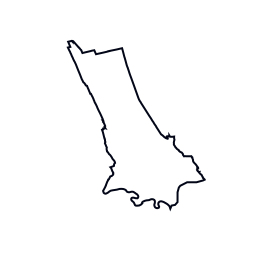 Suharau, Botosani, Romania (Equal Earth projection), rotated 206°
{"feature_id": "2599482B9614672235504", "entity_name": "Suharau", "entity_type": "district", "adm_level": 2, "iso_a3": "ROU", "parent_name": "Romania", "parent_adm1": "Botosani", "projection": "equal_earth", "projection_center": [26.43, 48.129], "detail": "fine", "context": "isolated", "style": "outline", "palette": "ink", "viewbox_px": 256, "rotation_deg": 206, "n_neighbors": 0, "source": "geoboundaries", "source_scale": "gbopen_adm2", "svg_char_len": 5479}
<svg xmlns="http://www.w3.org/2000/svg" viewBox="0 0 256 256"><g transform="rotate(206 128 128)"><path d="M217.3,174.0L214.7,171.9L213.5,171.1L212.7,170.3L211.7,169.6L210.2,168.2L208.5,166.9L207.4,165.9L205.6,164.5L205.2,164.3L202.7,162.3L200.2,160.0L198.0,158.0L194.7,155.1L190.7,151.4L189.9,150.9L189.3,150.4L189.0,150.2L188.2,149.5L187.4,149.4L186.6,149.1L186.2,148.8L185.4,148.5L184.7,147.8L183.6,147.8L183.3,147.9L181.7,146.4L180.0,145.0L179.4,144.4L178.3,143.5L176.9,142.2L176.5,142.4L176.3,142.5L174.3,140.9L173.9,140.7L171.6,138.8L171.3,138.4L170.4,137.7L169.3,136.6L168.7,136.1L168.3,136.0L167.5,135.3L166.9,134.9L165.4,133.7L164.2,132.6L162.0,130.8L159.7,129.1L156.5,126.5L156.0,126.0L155.4,125.6L154.7,125.0L154.2,124.4L153.4,123.8L153.2,123.1L153.3,123.1L153.0,122.9L153.0,122.7L152.8,122.7L152.7,122.7L152.6,122.4L152.3,122.4L152.2,122.1L150.6,120.9L150.2,120.5L150.0,120.3L149.4,119.8L149.7,119.1L149.3,118.9L149.0,118.6L148.9,118.3L148.6,118.1L148.9,118.1L148.9,117.8L149.1,117.6L149.0,117.3L149.2,117.2L149.4,117.5L149.5,117.3L149.5,117.0L149.8,116.9L149.7,116.7L149.4,116.6L149.5,116.3L149.7,116.6L149.9,116.6L150.0,116.5L150.1,116.4L150.1,116.2L150.0,115.9L150.1,115.6L150.4,115.3L150.6,115.0L149.0,113.5L148.8,113.3L148.2,112.6L144.7,108.4L144.6,108.5L143.9,107.8L143.3,107.0L143.0,106.2L142.6,105.9L142.2,105.5L142.1,105.2L142.1,104.9L142.2,104.6L142.1,104.2L141.0,103.3L140.4,102.8L139.4,101.8L138.7,101.4L138.5,101.2L138.2,100.1L138.0,99.7L137.3,98.7L137.0,98.5L136.8,98.1L136.5,97.7L135.2,97.3L133.9,96.4L133.4,96.2L132.5,96.0L131.6,95.6L129.7,94.5L128.4,93.5L126.0,92.5L124.7,91.5L124.6,91.3L124.3,90.9L124.6,90.3L124.6,89.6L124.4,88.6L124.0,87.8L124.1,87.6L124.7,87.0L126.4,85.2L126.6,85.0L125.6,84.6L122.9,82.1L121.8,81.5L121.5,80.7L121.3,80.7L121.1,80.2L120.9,79.6L121.0,79.3L121.4,78.2L121.7,77.6L122.3,77.1L122.5,76.9L122.7,76.6L122.7,76.1L122.7,74.4L122.7,73.8L122.8,73.3L123.2,73.0L123.2,72.9L123.0,72.2L123.1,70.6L122.8,67.2L122.6,66.5L122.7,66.3L122.7,65.5L122.6,65.0L122.7,62.7L122.8,60.5L121.6,59.3L121.4,59.1L120.4,58.9L119.7,59.0L119.4,59.1L118.9,59.5L117.9,60.8L117.4,61.7L116.9,62.8L116.3,63.7L116.0,64.1L114.6,65.2L111.0,67.7L108.9,69.5L107.5,70.3L105.8,71.0L105.0,71.2L103.3,71.3L103.0,71.3L102.5,71.1L101.3,70.4L100.8,70.3L99.7,70.4L98.9,70.7L98.4,71.0L97.5,71.8L96.8,72.3L95.8,72.8L95.2,72.9L94.6,72.9L94.0,72.8L93.0,72.7L92.2,72.5L91.0,72.4L90.4,72.2L89.8,71.9L89.3,71.6L88.9,71.2L88.6,70.7L88.5,70.2L88.5,69.4L88.7,69.2L88.8,68.9L89.1,68.8L90.5,68.2L92.1,67.9L92.7,67.7L93.2,67.5L93.7,67.1L94.0,66.7L94.1,66.2L94.0,65.6L93.7,65.1L93.3,64.7L92.8,64.4L92.2,64.2L91.3,64.0L90.1,63.6L89.7,63.3L87.9,61.8L87.7,61.7L87.4,61.7L86.8,61.7L85.5,62.3L84.7,62.8L83.7,63.5L83.3,64.2L82.9,64.6L82.3,66.1L82.1,66.5L82.6,67.0L82.6,67.6L82.4,68.1L82.1,68.6L81.9,68.9L81.7,69.0L81.0,69.9L80.8,70.1L79.6,71.1L78.6,71.7L77.5,72.4L76.0,74.1L75.1,74.6L74.3,74.9L73.4,74.9L72.9,74.9L72.1,74.4L71.9,74.2L71.6,73.7L71.0,72.4L70.9,71.3L70.8,70.8L70.4,70.0L69.8,69.3L69.3,68.9L68.7,68.6L68.1,68.5L67.4,68.5L66.8,68.7L66.5,68.8L65.8,69.4L65.4,69.8L65.4,70.1L65.4,70.6L65.5,70.9L67.2,72.5L67.5,73.1L67.8,73.8L67.8,74.1L67.7,74.9L67.5,75.3L67.4,75.6L67.1,75.9L66.8,76.2L66.5,76.4L66.0,76.7L64.6,77.0L63.2,77.1L60.1,76.9L58.8,76.7L57.0,76.1L56.2,75.7L54.8,74.2L54.6,74.0L54.8,77.4L52.0,79.5L51.0,83.1L55.3,92.0L56.2,96.8L55.7,99.0L51.1,105.1L42.6,109.3L37.6,113.7L36.4,115.2L36.5,115.3L38.0,115.8L38.3,115.9L38.4,116.0L38.8,116.0L39.1,116.3L39.2,116.6L39.5,116.8L40.2,117.2L40.5,117.5L40.9,117.8L41.1,118.0L41.4,118.1L41.8,118.3L42.4,118.2L44.4,119.1L44.6,119.2L44.6,119.7L45.0,119.4L45.2,119.6L45.3,119.7L45.7,119.8L46.0,119.7L46.4,119.8L46.7,120.0L47.3,120.4L47.1,120.6L47.7,121.3L47.9,121.7L47.6,121.9L47.6,122.1L47.7,122.3L47.7,122.6L47.4,122.7L47.7,123.2L47.9,123.1L48.4,122.8L48.7,123.4L49.6,124.2L51.4,125.1L52.7,125.5L54.3,126.2L55.1,126.9L55.6,127.9L56.0,128.3L56.4,128.6L57.2,129.5L57.3,129.8L57.6,129.9L57.8,129.7L58.7,130.4L61.4,129.0L64.7,127.5L65.2,127.1L66.7,127.9L66.9,128.0L67.2,128.6L67.6,128.9L68.1,129.1L69.0,129.5L69.5,129.4L70.2,129.5L70.7,129.4L70.9,129.5L71.5,129.6L72.1,129.8L72.3,130.1L72.7,130.3L72.9,130.4L73.2,130.3L73.6,130.5L75.1,130.7L76.0,131.3L76.5,131.3L76.9,131.6L77.3,131.7L77.5,132.0L78.2,132.4L78.6,132.6L79.1,132.9L79.5,133.2L79.7,133.7L79.8,134.0L80.4,134.9L80.8,136.2L80.9,136.8L81.1,137.8L81.6,138.4L82.0,138.9L82.2,139.4L82.6,139.9L82.8,140.5L84.5,139.4L86.1,138.7L86.7,138.6L87.1,138.9L87.3,139.2L87.6,139.4L87.4,139.0L87.3,138.7L87.5,138.4L88.9,137.9L89.3,137.7L89.4,137.4L89.1,137.2L87.7,136.1L87.6,135.8L87.7,135.7L87.9,135.6L88.3,135.7L88.6,135.7L89.1,135.5L89.5,135.5L90.8,135.7L91.5,135.8L93.6,136.5L95.5,136.8L101.1,140.2L103.1,141.4L103.3,141.7L106.2,143.3L107.8,144.4L109.3,145.2L110.7,146.1L111.4,146.6L112.1,147.0L114.0,148.1L127.2,156.2L127.8,156.6L128.1,156.9L129.0,157.3L130.7,158.5L132.0,159.7L141.7,169.2L144.8,172.2L147.6,174.9L149.1,176.3L149.3,176.5L151.0,178.2L152.5,179.8L154.2,181.5L154.5,181.9L154.9,182.2L156.5,183.7L159.2,186.8L161.5,189.4L162.5,190.4L166.0,194.5L168.3,197.1L172.6,193.6L177.8,189.6L177.7,189.6L181.1,186.7L183.7,184.6L189.1,180.3L192.4,183.1L194.3,181.7L195.5,180.6L201.0,176.1L201.8,175.4L202.9,176.3L203.9,177.3L204.4,177.6L204.7,177.6L205.0,177.7L206.6,178.5L207.0,178.5L207.5,178.9L208.0,178.9L208.1,179.0L215.3,182.0L215.5,182.0L216.3,181.8L216.3,181.7L216.0,181.3L216.8,181.6L219.6,179.3L215.4,175.6L217.3,174.0Z" fill="none" stroke="#020617" stroke-width="2"/></g></svg>